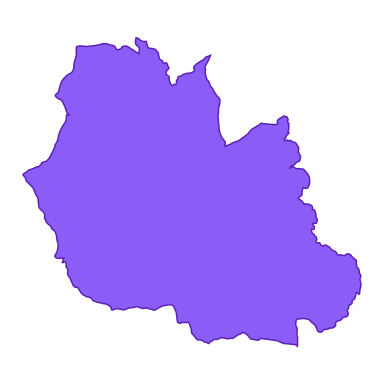 Central Pentecost 1, Penama, Vanuatu
{"feature_id": "77236927B11071622458470", "entity_name": "Central Pentecost 1", "entity_type": "district", "adm_level": 2, "iso_a3": "VUT", "parent_name": "Vanuatu", "parent_adm1": "Penama", "projection": "natural_earth1", "projection_center": [168.168, -15.648], "detail": "fine", "context": "isolated", "style": "filled", "palette": "violet", "viewbox_px": 384, "rotation_deg": 0, "n_neighbors": 0, "source": "geoboundaries", "source_scale": "gbopen_adm2", "svg_char_len": 5902}
<svg xmlns="http://www.w3.org/2000/svg" viewBox="0 0 384 384"><path d="M57.4,258.4L63.8,258.1L62.3,262.4L63.4,262.6L63.9,261.9L64.9,261.8L65.5,262.5L66.1,263.9L66.1,267.1L67.1,268.2L67.9,270.0L67.5,273.6L68.3,275.8L69.9,277.9L73.2,285.5L73.9,286.4L75.2,287.2L77.2,287.3L78.2,288.3L81.2,293.0L83.5,295.1L85.0,295.7L86.3,296.7L88.3,297.0L90.7,297.8L91.9,298.9L92.9,300.6L98.3,302.6L101.2,302.9L102.8,303.6L105.9,303.9L110.4,306.3L111.7,309.8L112.2,310.1L116.0,308.8L118.2,308.8L122.9,309.8L124.7,309.8L128.8,308.0L134.1,307.4L136.7,306.7L138.1,306.8L139.2,307.5L140.8,307.7L142.0,308.5L147.6,308.0L149.0,308.8L151.9,309.3L153.1,310.0L154.0,310.2L155.3,310.0L156.7,308.9L162.5,305.9L169.1,304.8L171.3,304.8L173.4,306.1L174.0,307.0L176.3,312.6L177.4,321.8L178.6,323.0L180.5,323.2L182.2,322.5L185.1,322.6L188.1,322.1L189.8,324.5L190.3,326.7L191.2,328.6L191.5,332.0L192.0,333.6L193.1,334.7L197.1,339.7L202.3,340.3L204.1,342.0L206.6,342.2L207.9,343.3L208.9,343.5L210.5,341.4L212.4,341.0L212.9,340.1L213.7,339.4L217.0,339.5L220.9,337.8L222.3,337.6L223.7,338.1L225.9,338.2L227.0,338.8L228.3,338.9L229.3,338.3L232.8,338.4L237.9,334.9L240.4,334.1L242.6,332.5L244.9,333.2L246.9,334.4L250.5,338.8L251.3,339.1L258.3,340.3L260.8,338.4L277.2,340.7L283.3,343.4L295.4,344.6L297.5,346.2L297.6,337.3L296.8,335.1L297.2,328.4L295.5,324.5L296.0,322.4L296.1,320.1L297.0,319.2L302.2,318.5L307.1,318.9L309.4,319.8L310.5,321.3L315.2,325.3L317.7,330.9L318.9,331.9L320.1,332.2L320.9,332.2L322.0,331.6L324.3,329.3L327.5,329.3L328.2,329.1L328.9,328.3L332.6,327.9L334.1,327.3L334.5,326.6L335.6,325.8L335.6,323.1L336.0,322.1L337.2,321.2L340.2,320.3L341.5,319.4L342.6,317.5L346.5,316.6L347.1,316.2L348.1,314.7L348.4,313.5L347.5,311.1L347.3,309.9L348.3,308.6L349.1,305.1L350.4,304.7L351.8,303.6L352.1,302.9L352.1,301.3L352.4,300.6L354.5,298.8L355.1,297.7L356.2,292.7L357.5,292.8L358.7,294.1L359.2,294.2L359.6,293.7L360.0,289.1L361.0,285.6L360.6,282.4L359.9,279.0L360.6,277.4L360.8,275.7L360.4,274.3L359.1,273.4L359.2,271.0L359.0,269.7L358.3,268.3L356.7,267.0L356.6,264.6L356.2,263.3L356.5,261.5L356.2,260.3L353.7,258.3L352.0,256.7L350.7,254.9L348.7,253.8L346.7,254.0L344.2,255.7L340.7,254.8L338.0,255.1L337.3,254.4L336.6,252.8L335.2,251.4L331.6,249.9L329.3,246.9L327.1,246.0L326.8,245.4L326.0,245.1L324.9,245.1L323.1,245.9L321.6,245.6L320.5,244.8L320.0,243.2L319.5,242.8L317.4,242.8L316.5,242.5L316.2,242.2L316.1,241.0L316.7,239.1L316.5,237.2L314.7,235.8L313.9,234.3L311.9,232.7L311.6,230.7L311.2,229.8L311.8,229.2L313.6,229.4L314.1,228.9L314.4,228.1L314.3,226.5L312.6,224.5L312.6,224.0L313.4,223.4L316.0,223.4L316.5,223.0L317.1,221.1L317.2,219.0L315.7,216.9L316.0,214.7L314.9,211.0L314.6,210.3L313.9,209.7L312.8,209.7L312.3,209.3L312.5,207.2L312.2,206.3L310.7,205.0L308.4,204.1L306.3,204.3L305.7,203.7L303.8,203.9L302.3,201.5L298.3,198.3L298.8,197.2L301.1,195.8L301.9,194.9L302.2,193.8L301.9,191.9L303.1,187.7L305.8,188.4L306.8,188.3L307.6,187.9L308.4,186.8L309.3,184.6L309.7,182.7L309.5,179.0L309.0,176.5L307.6,173.8L305.6,171.7L304.7,170.4L303.1,169.0L301.9,169.1L299.8,168.6L296.4,168.6L295.2,168.1L293.1,166.6L292.3,166.5L290.4,167.6L291.2,165.9L293.6,165.4L296.8,162.0L298.9,161.4L299.7,160.7L300.6,156.4L298.2,151.8L298.7,149.2L298.6,147.7L296.2,143.5L294.7,142.3L292.6,142.1L291.8,141.0L290.7,141.0L290.2,140.4L289.5,140.3L288.0,140.7L287.1,140.0L285.7,140.1L284.5,140.6L284.1,139.5L284.5,138.5L285.8,137.7L286.6,135.4L288.9,133.2L288.9,132.6L288.0,132.0L288.1,131.1L288.6,130.0L288.9,124.2L288.7,123.1L287.7,122.3L287.6,121.0L288.1,120.0L288.1,119.2L286.9,116.9L283.7,116.0L282.4,117.1L279.4,118.6L277.9,120.0L277.3,121.2L277.4,123.1L277.7,123.7L276.5,124.6L268.3,124.2L260.7,123.3L259.5,124.8L252.0,129.1L250.1,130.9L248.1,133.7L238.8,140.7L231.7,143.2L231.1,143.9L225.0,146.3L225.3,144.0L225.2,142.1L224.4,140.7L222.0,137.9L220.4,134.3L219.2,130.0L218.1,117.5L218.2,114.3L218.5,112.2L218.5,108.5L219.7,104.0L219.9,100.0L219.1,98.0L217.0,96.0L213.5,90.8L212.7,88.6L210.5,86.3L208.8,81.4L206.8,79.5L205.1,73.1L205.1,71.9L205.6,70.0L204.9,67.7L205.7,65.3L208.4,60.5L210.4,55.3L208.3,56.3L206.1,56.9L203.6,59.5L196.9,63.6L194.3,66.1L193.8,67.1L193.8,68.1L193.9,68.6L194.5,69.1L194.6,70.7L192.2,72.4L190.0,73.2L186.6,73.3L184.8,74.2L183.2,74.4L180.9,76.1L178.2,76.5L177.8,78.4L176.5,80.8L176.4,83.6L175.8,84.2L173.8,84.6L172.3,85.8L170.3,83.7L170.1,82.3L169.0,79.8L169.3,77.6L169.1,76.5L166.0,74.2L166.2,71.9L166.8,70.8L168.7,68.6L169.0,67.8L168.1,66.7L167.4,64.4L166.7,63.1L166.3,62.8L165.4,62.8L164.4,63.5L163.7,63.2L163.0,62.5L162.5,61.0L160.2,59.6L159.5,58.6L158.9,56.7L158.3,52.9L155.5,49.4L152.0,48.4L149.6,48.4L148.9,48.0L147.8,46.9L147.3,45.7L146.3,41.5L142.5,41.4L140.1,40.1L138.6,38.5L136.1,37.8L135.4,41.6L135.7,43.9L136.7,45.3L139.2,47.5L139.4,48.4L138.9,53.8L129.7,47.8L126.3,46.0L123.3,46.2L121.9,46.9L121.5,47.9L120.6,49.0L117.2,49.8L116.3,49.1L115.0,46.5L114.5,46.1L112.9,45.4L109.5,44.9L107.3,43.8L105.8,43.6L102.3,43.8L98.3,45.0L91.5,46.0L86.5,46.5L80.1,45.9L76.6,46.6L76.2,50.5L76.4,55.3L74.1,63.1L73.7,69.0L72.3,71.8L71.3,72.8L67.0,75.3L63.9,78.4L61.9,81.1L60.6,84.0L58.4,92.0L58.1,92.5L55.4,94.8L55.4,96.0L56.3,97.2L59.4,99.4L60.7,99.3L61.4,99.9L61.6,100.8L62.0,100.7L64.9,106.6L66.6,112.0L67.7,113.8L68.8,114.2L69.3,114.9L66.7,114.9L66.3,115.8L66.3,119.3L65.5,121.9L62.7,125.9L59.6,132.2L58.7,134.9L57.8,139.8L56.8,142.2L55.0,144.9L54.8,147.0L53.2,150.5L50.5,155.9L48.6,159.0L46.4,161.2L44.5,161.6L41.9,162.8L41.5,163.1L40.9,165.0L40.1,165.2L39.0,166.6L36.5,166.9L34.5,168.0L27.9,170.5L26.1,172.5L24.3,173.2L23.0,174.5L23.1,175.1L25.3,177.7L26.1,180.3L26.8,181.6L31.3,186.0L33.4,188.5L35.7,194.3L37.9,197.9L38.9,206.9L39.9,208.8L43.4,211.9L44.8,215.0L44.5,218.2L44.8,218.9L45.8,219.6L45.8,221.1L46.1,221.9L47.8,223.8L50.5,225.9L51.8,228.8L54.4,230.8L55.3,231.9L56.3,234.9L57.1,240.6L58.3,245.2L57.7,248.3L57.4,250.9L54.9,255.9L55.0,256.9L57.4,258.4Z" fill="#8b5cf6" stroke="#5b21b6" stroke-width="1.5"/></svg>